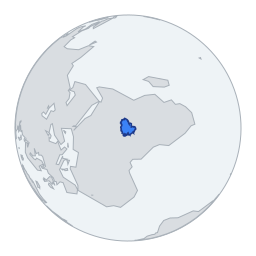 the Earth from above Orientale, rotated 256°
{"feature_id": "COD-1559", "entity_name": "Orientale", "entity_type": "Province", "adm_level": 1, "iso_a3": "COD", "parent_name": "Democratic Republic of the Congo", "parent_adm1": "", "projection": "orthographic", "projection_center": [26.062, 1.632], "detail": "medium", "context": "on_globe", "style": "filled", "palette": "blue", "viewbox_px": 256, "rotation_deg": 256, "n_neighbors": 0, "source": "natural_earth", "source_scale": "10m", "svg_char_len": 7623}
<svg xmlns="http://www.w3.org/2000/svg" viewBox="0 0 256 256"><g transform="rotate(256 128 128)"><circle cx="128" cy="128" r="113" fill="#eef3f6" stroke="#a8b0b8"/><path d="M70.0,31.5L72.3,30.1L65.6,34.4L61.3,38.0L59.6,39.4L56.1,41.6L56.0,41.4L62.8,36.2L70.0,31.5ZM54.1,43.0L54.5,42.7L50.1,46.7L49.4,47.4L49.7,47.3L51.3,45.8L49.8,47.3L46.4,50.4L46.6,50.1L48.0,48.7L48.8,48.0L48.7,48.0L54.1,43.0ZM17.3,107.1L17.1,108.6L16.8,116.7L18.4,120.4L18.7,125.4L18.4,128.3L19.4,129.3L19.4,131.3L25.2,134.9L29.6,140.3L30.5,147.1L28.8,154.8L31.8,171.2L29.9,176.2L32.6,182.8L36.5,192.1L34.9,191.1L38.6,195.9L40.4,198.6L41.8,200.5L36.7,194.0L32.1,187.1L28.0,179.8L24.4,172.3L21.5,164.6L19.1,156.6L17.2,148.5L16.0,140.3L15.4,132.0L15.4,123.6L16.1,115.4L17.3,107.1ZM58.5,216.6L57.6,215.8L58.4,216.4L59.2,217.1L58.5,216.6ZM231.2,82.8L231.9,84.4L232.4,87.2L233.1,89.2L231.7,86.7L232.3,90.5L236.8,102.2L237.5,105.6L237.4,111.8L236.9,109.2L233.3,102.8L234.4,110.8L237.2,117.9L238.2,126.1L236.8,123.4L235.6,116.2L234.3,113.7L233.4,106.6L230.0,96.2L228.5,98.0L227.4,93.9L222.4,85.7L219.6,88.2L215.9,99.0L217.4,109.6L215.3,114.4L207.8,99.1L204.2,89.1L201.6,90.0L193.8,81.9L180.8,81.6L178.8,79.1L176.3,80.3L170.8,77.9L167.7,74.0L164.4,74.3L172.7,84.8L176.2,84.6L178.9,80.4L180.6,84.3L185.9,87.7L180.5,97.3L160.9,106.4L158.8,98.4L142.8,77.8L143.2,75.6L143.1,75.3L142.9,74.9L141.6,78.6L138.8,74.7L147.6,88.7L149.1,95.0L160.6,106.8L159.6,108.1L163.2,110.6L174.6,107.4L174.8,110.1L169.5,122.7L153.5,140.3L155.6,152.1L154.2,162.2L144.1,169.1L144.8,176.9L139.5,179.7L139.1,184.2L134.7,189.0L127.5,193.5L115.5,193.8L114.9,189.8L109.1,182.1L101.1,163.3L104.3,154.5L103.3,147.9L94.6,133.2L96.5,125.0L94.1,121.7L89.3,122.6L86.5,118.7L83.6,118.7L65.1,122.1L59.5,117.1L52.8,101.6L56.1,95.3L56.7,88.2L79.6,64.4L84.4,65.5L102.5,62.1L104.7,62.9L102.6,68.0L116.2,74.0L120.5,69.6L132.8,73.0L141.0,72.8L143.8,63.3L130.5,63.3L128.2,58.9L138.9,55.0L150.5,55.7L150.0,54.0L142.6,50.3L145.3,47.4L140.0,48.8L142.2,50.5L139.0,51.5L136.8,50.2L137.8,49.1L134.3,48.4L130.3,54.2L132.1,56.5L122.8,57.7L124.9,61.8L122.4,63.7L118.0,57.7L118.5,55.4L110.4,49.5L109.2,51.9L116.6,57.8L114.3,57.4L112.6,61.2L112.1,58.0L104.2,51.5L95.9,53.3L85.3,63.0L80.4,64.1L76.4,62.5L80.2,53.1L90.7,51.8L92.2,49.0L90.1,45.3L93.4,45.4L93.9,43.9L97.8,43.5L103.4,39.8L107.4,39.3L109.6,35.1L111.9,34.4L110.0,37.0L110.7,38.7L120.7,38.3L122.6,37.4L123.3,34.9L125.9,35.3L125.3,32.9L131.0,32.1L123.4,31.4L124.0,29.0L127.5,27.2L126.3,26.4L120.6,29.4L119.6,30.7L120.9,32.0L116.9,36.3L113.5,37.1L112.5,32.6L107.5,33.5L109.0,30.0L123.3,23.4L129.3,22.5L139.2,25.2L137.8,26.4L133.5,25.9L137.4,28.3L137.1,27.2L139.3,27.7L140.4,26.0L142.0,26.3L140.3,24.3L142.4,24.5L143.5,25.8L146.9,24.0L151.2,24.4L151.2,23.9L150.0,23.2L156.4,24.4L156.1,24.0L153.9,23.4L151.8,22.3L150.8,21.0L153.0,21.5L153.7,22.0L158.6,24.1L160.1,25.8L160.9,25.9L160.2,24.6L154.2,22.0L152.9,21.0L156.0,22.1L154.8,21.6L154.9,21.4L157.0,21.6L153.8,20.5L151.5,18.1L155.5,18.8L158.5,19.8L159.1,19.7L166.9,22.3L174.5,25.4L181.9,29.1L189.0,33.3L195.8,38.0L202.2,43.2L208.2,48.9L213.7,54.9L218.8,61.4L223.5,68.2L227.6,75.4L231.2,82.8ZM71.8,76.0L71.2,78.1L71.8,76.0ZM163.1,61.7L169.9,62.2L166.5,56.5L168.8,56.3L166.8,54.6L166.2,56.1L161.2,51.5L164.0,50.0L162.9,47.8L160.6,47.6L156.2,51.1L163.4,57.5L162.0,59.7L163.1,61.7ZM17.4,107.1L17.3,108.4L17.2,108.4L17.4,107.1ZM50.3,46.5L50.5,46.3L50.4,46.5L49.7,47.1L50.3,46.5ZM54.6,44.0L52.1,46.5L53.4,45.0L51.9,46.1L52.7,44.6L58.8,40.0L55.9,42.2L54.6,44.0ZM55.5,41.8L54.3,43.0L55.4,41.9L55.5,41.8ZM92.3,37.1L93.7,37.9L92.1,39.5L87.0,41.1L89.2,38.6L92.3,37.1ZM95.9,38.6L96.3,34.2L99.5,33.3L97.7,34.5L99.7,34.4L97.3,36.3L99.8,40.2L98.7,42.0L89.9,43.3L93.4,41.7L91.9,41.0L95.9,38.6ZM91.9,27.4L92.2,26.3L98.7,25.8L97.8,26.9L92.6,28.3L90.8,27.8L91.9,27.4ZM89.2,22.3L88.0,22.7L87.5,22.9L89.2,22.3ZM86.9,23.1L83.8,24.5L80.4,26.0L82.6,24.9L86.9,23.1ZM82.2,25.1L77.6,27.3L78.0,27.0L82.2,25.1ZM76.2,28.0L75.0,28.6L75.6,28.3L76.2,28.0ZM102.9,18.2L103.4,18.1L104.6,17.8L105.4,17.6L107.3,17.3L108.7,17.0L112.4,16.5L112.6,16.8L114.2,16.5L117.1,16.3L117.6,16.6L115.0,16.7L117.4,17.1L114.2,17.4L114.6,17.5L112.3,18.0L110.2,18.8L108.7,19.0L107.0,19.7L106.3,20.2L103.3,20.7L102.2,21.5L101.5,21.3L100.4,22.5L99.9,21.9L97.8,22.7L99.4,22.8L85.3,26.1L79.8,28.5L75.4,31.0L75.2,30.1L79.1,27.4L85.0,24.4L90.3,22.5L89.3,22.6L91.5,21.8L91.4,22.1L92.9,21.3L94.7,20.7L100.0,19.1L101.0,18.7L102.6,18.3L102.9,18.2ZM114.7,16.2L114.9,16.1L113.6,16.4L109.4,16.9L114.7,16.2ZM107.3,60.9L109.1,61.1L111.8,60.8L110.8,63.4L107.3,60.9ZM101.8,56.5L103.4,56.1L103.4,59.3L101.5,59.3L101.8,56.5ZM104.4,53.4L103.5,55.9L102.9,54.6L104.4,53.4ZM111.4,36.6L113.1,36.3L113.3,36.8L112.3,37.8L111.4,36.6ZM124.0,19.1L122.8,18.8L123.3,18.6L122.6,17.8L124.9,17.6L126.3,18.1L124.0,19.1ZM141.5,64.9L139.2,66.7L137.9,65.9L139.0,65.4L141.5,64.9ZM124.2,64.9L128.2,66.0L123.9,65.6L124.2,64.9ZM126.5,18.8L125.9,18.4L127.4,18.6L126.5,18.8ZM126.6,17.5L128.5,17.7L125.1,17.5L126.6,17.5ZM178.7,214.0L178.8,215.4L177.3,215.5L178.7,214.0ZM172.9,160.4L164.7,178.2L159.5,178.3L158.9,173.1L162.1,162.4L168.2,159.3L171.3,154.4L172.9,160.4ZM239.4,144.4L238.6,143.6L237.9,142.0L238.3,140.1L239.4,141.0L239.4,144.4ZM238.3,140.0L236.8,134.3L232.8,118.4L234.3,118.7L238.1,128.5L237.9,130.1L238.8,134.6L238.3,140.0ZM240.4,135.8L240.2,135.1L239.9,134.1L239.8,127.6L239.9,124.4L240.2,124.6L240.0,115.9L240.6,125.8L240.4,135.8ZM217.9,110.6L220.3,117.1L219.0,118.2L217.9,110.6ZM234.2,92.2L233.9,92.7L233.4,91.1L233.3,89.6L234.2,92.2ZM146.0,19.2L144.3,20.3L144.7,21.5L147.4,22.6L142.9,21.8L142.3,19.9L146.0,19.2ZM150.6,18.1L148.2,17.5L149.7,17.7L150.4,17.9L150.6,18.1ZM148.9,17.8L145.1,17.2L144.1,16.9L147.2,17.3L148.9,17.8ZM135.8,17.4L135.2,17.6L133.9,17.4L135.8,17.4ZM225.0,185.3L229.0,177.7L228.9,178.0L232.0,171.2L232.5,170.0L229.1,177.8L225.0,185.3Z" fill="#d9dde1" stroke="#a8b0b8" stroke-width="1"/><path d="M130.7,121.2L130.8,121.5L131.3,121.8L131.4,122.2L131.8,122.3L131.9,122.5L132.0,122.5L132.4,122.7L132.5,122.8L133.3,122.3L133.7,122.4L134.1,122.7L134.5,122.4L134.6,122.0L135.3,122.2L135.3,122.6L135.6,122.7L135.6,122.9L136.0,123.1L136.1,123.4L136.7,123.6L136.8,124.1L137.2,124.0L137.4,124.3L137.5,124.3L137.5,124.5L137.2,125.2L137.4,125.6L137.1,126.4L137.3,126.4L137.4,126.6L137.6,126.5L137.8,126.7L138.0,126.7L138.2,127.1L136.7,128.8L136.2,129.0L136.0,129.4L135.7,129.5L135.4,129.3L134.9,129.6L134.6,129.5L134.7,129.9L134.6,130.0L134.1,129.9L133.8,130.0L132.9,130.1L132.5,129.8L131.3,130.1L131.5,130.2L131.8,130.3L132.1,130.9L132.0,131.7L131.3,132.3L130.2,132.0L129.5,131.6L128.8,131.9L128.2,131.4L128.1,131.6L128.7,132.1L128.4,132.4L128.4,132.9L128.2,133.1L128.1,133.6L127.9,134.1L127.6,133.9L127.5,134.9L127.0,134.9L126.4,135.3L126.0,135.3L126.1,135.1L125.9,135.0L124.8,135.0L124.5,134.0L123.9,133.8L122.7,132.8L123.2,132.5L122.9,132.1L122.5,132.2L122.4,132.0L121.9,132.0L122.2,131.8L122.6,131.8L122.8,131.6L121.9,130.4L121.7,129.8L121.6,129.2L121.3,128.6L121.0,128.3L120.6,128.2L121.0,127.9L121.2,127.0L121.5,127.2L121.9,126.9L122.2,127.1L122.7,126.8L123.3,126.9L123.2,126.6L122.7,126.2L122.2,126.3L122.1,126.2L121.9,126.0L122.1,125.0L121.6,125.3L121.6,124.8L121.3,124.6L121.4,124.4L122.1,124.2L122.3,124.0L122.7,124.1L123.0,123.7L122.7,123.7L122.3,123.5L121.7,123.6L121.5,123.4L120.9,123.1L121.2,122.6L121.2,122.4L121.4,122.4L121.5,122.1L121.6,121.9L121.8,121.7L122.0,121.7L122.0,121.9L122.3,121.9L122.8,122.2L123.2,121.9L124.5,121.5L124.7,121.3L124.7,121.1L125.4,121.5L126.5,121.3L126.6,120.8L127.0,120.6L127.7,121.0L127.8,120.9L127.9,121.0L128.3,120.9L128.9,121.3L129.3,121.2L129.6,121.3L130.0,121.0L130.7,121.2Z" fill="#3b82f6" stroke="#1e3a8a" stroke-width="1.5"/></g></svg>